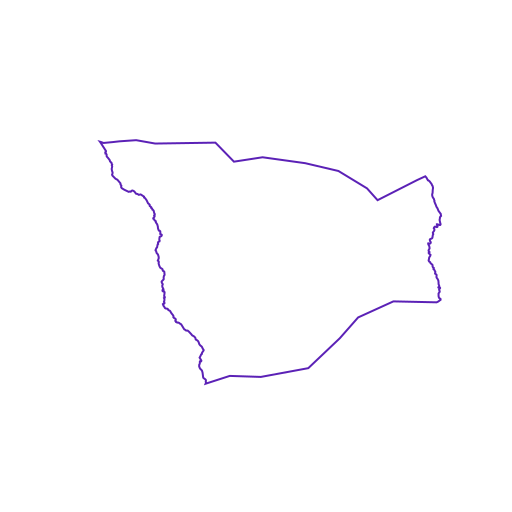 outline of Rashaant, Bulgan, Mongolia, rotated 202°
{"feature_id": "93677404B56820706932581", "entity_name": "Rashaant", "entity_type": "district", "adm_level": 2, "iso_a3": "MNG", "parent_name": "Mongolia", "parent_adm1": "Bulgan", "projection": "natural_earth1", "projection_center": [103.869, 47.423], "detail": "fine", "context": "isolated", "style": "outline", "palette": "violet", "viewbox_px": 512, "rotation_deg": 202, "n_neighbors": 0, "source": "geoboundaries", "source_scale": "gbopen_adm2", "svg_char_len": 6003}
<svg xmlns="http://www.w3.org/2000/svg" viewBox="0 0 512 512"><g transform="rotate(202 256 256)"><path d="M336.1,345.9L391.6,322.5L410.5,318.5L425.7,311.1L431.6,307.9L439.7,303.7L442.7,303.6L443.5,303.5L443.0,303.2L434.4,297.1L434.2,296.4L434.6,295.7L434.2,295.3L434.0,294.6L433.3,294.7L432.5,294.1L431.9,292.6L431.2,292.1L430.1,291.6L427.7,290.2L426.7,289.0L424.9,288.3L424.5,287.6L423.6,286.9L423.7,286.1L422.9,285.2L422.4,282.6L421.3,280.9L420.3,279.8L419.9,278.5L419.9,277.4L419.1,276.7L415.2,275.0L413.1,274.8L408.9,272.6L408.4,271.5L407.2,270.8L406.9,269.4L405.9,268.6L402.9,268.1L398.1,267.8L397.4,268.4L396.2,268.7L395.8,269.9L394.9,270.5L393.1,270.3L390.5,268.8L389.1,269.1L387.6,268.8L387.0,269.2L386.2,269.8L385.2,269.8L384.2,269.5L382.0,269.1L381.7,268.3L380.5,268.1L378.3,266.7L375.8,264.4L374.7,264.1L373.8,263.7L373.5,262.8L373.2,262.5L372.1,262.3L371.3,261.9L371.3,261.4L370.0,261.0L369.5,260.2L368.6,260.1L367.8,259.6L367.4,259.0L366.4,257.6L365.5,256.9L365.6,255.9L365.6,255.4L364.9,255.1L364.9,254.1L365.3,253.3L365.4,252.5L365.2,252.1L364.1,251.9L363.8,251.4L363.2,251.0L361.9,250.7L361.5,249.7L359.4,248.3L357.9,246.3L357.4,245.2L356.2,243.7L355.2,243.1L354.7,243.3L354.0,243.0L353.3,241.5L353.1,240.6L352.1,240.5L351.4,240.4L351.1,239.7L351.2,239.1L351.7,238.4L352.3,238.0L352.5,237.5L352.1,235.9L351.8,235.0L351.5,234.5L351.0,234.0L351.0,233.3L351.6,232.8L351.9,232.3L351.8,231.2L351.2,230.5L351.5,229.6L351.3,228.6L351.2,228.0L351.0,227.3L351.0,226.8L351.3,226.3L351.3,225.6L351.4,224.3L351.2,223.5L350.5,223.2L350.0,222.5L349.2,221.5L347.5,220.7L346.1,219.0L345.4,217.7L345.3,216.7L345.3,214.9L344.3,214.6L343.8,214.0L343.7,213.0L342.9,211.8L341.5,210.2L340.4,209.3L339.5,209.1L338.7,209.0L337.9,208.8L337.5,208.4L337.1,207.7L336.8,207.4L335.6,207.3L335.0,206.9L334.6,206.0L333.8,204.5L333.7,203.8L333.9,203.1L333.8,202.5L333.7,201.8L333.3,200.8L332.9,200.1L333.0,199.4L333.7,197.7L333.9,196.9L333.6,196.3L333.0,195.7L332.3,195.3L332.0,195.0L331.8,194.6L331.9,193.7L331.6,192.9L331.2,192.2L329.5,190.7L329.2,190.2L329.8,190.2L329.9,189.6L329.7,188.7L329.1,188.4L327.8,188.4L327.2,188.2L326.7,186.6L326.2,184.5L325.9,184.2L325.3,183.9L325.1,183.6L325.0,183.3L325.2,182.9L325.5,182.8L325.6,182.6L324.9,182.0L324.6,181.3L324.2,180.1L324.3,179.6L324.3,179.3L323.5,178.5L323.2,178.1L323.2,177.8L323.3,177.5L323.6,177.3L324.0,177.2L324.3,176.5L323.5,175.7L323.3,175.3L322.1,174.6L321.0,173.7L320.3,173.5L319.1,173.7L318.5,173.9L317.9,173.8L317.1,173.1L316.5,173.0L315.7,173.0L315.0,172.8L314.3,172.3L313.7,171.7L312.8,171.2L312.4,170.9L311.2,170.3L309.9,169.3L309.7,168.3L309.0,167.9L307.9,167.8L307.1,167.5L306.7,167.3L306.5,166.7L306.6,165.9L306.5,165.6L305.9,165.5L305.5,165.2L305.4,164.9L304.8,165.0L304.1,164.7L303.0,165.2L302.0,165.1L301.4,164.8L300.5,164.8L299.6,164.5L295.3,161.3L294.9,161.1L294.4,161.1L293.9,161.0L293.1,160.7L292.5,160.8L291.9,161.1L291.3,161.2L289.8,160.7L286.6,159.2L285.8,158.7L285.4,158.5L283.6,158.3L283.0,158.1L282.5,157.9L281.8,157.5L281.3,157.1L280.8,156.2L280.3,155.9L279.5,155.9L278.1,155.5L277.6,155.2L276.9,154.6L275.4,152.9L274.1,152.2L272.7,151.8L272.0,151.4L270.6,150.1L269.3,149.2L269.2,148.7L269.5,147.4L269.7,146.6L269.8,146.0L269.5,145.0L269.6,144.6L270.0,144.2L270.0,142.8L270.2,140.6L268.8,139.6L267.9,138.9L267.4,138.4L267.4,137.9L267.5,137.7L268.0,137.7L268.5,137.4L268.5,137.0L268.0,135.8L267.8,135.0L267.9,133.8L267.3,132.3L266.4,131.3L265.6,130.6L263.9,129.9L263.2,129.5L262.7,128.9L261.9,127.9L259.6,123.8L259.0,123.2L256.9,122.7L256.1,122.3L255.8,121.8L255.5,120.6L255.0,120.1L254.9,119.5L254.9,118.7L235.4,135.0L206.2,145.7L165.5,171.6L147.5,211.1L138.3,237.3L111.6,265.4L71.2,280.7L70.0,282.0L69.2,283.3L68.9,283.9L68.5,284.3L68.6,284.9L68.7,285.2L69.1,285.4L70.1,285.6L70.6,285.8L71.0,286.2L71.7,287.2L72.7,289.6L72.6,290.3L72.3,291.3L72.4,291.7L72.5,292.2L72.9,292.4L73.7,293.6L73.3,294.9L73.3,295.3L73.5,295.5L73.8,295.6L74.7,295.0L74.9,295.0L75.1,295.1L75.1,295.5L74.8,295.6L74.6,295.8L74.5,296.1L74.6,296.4L75.3,297.4L76.1,298.2L76.5,299.0L76.8,299.8L77.3,300.7L77.5,301.2L78.2,302.0L79.0,302.7L80.0,303.3L80.4,303.6L80.8,304.1L81.0,304.7L81.2,305.4L81.5,306.1L82.0,306.4L82.6,306.6L83.3,306.7L83.5,307.0L83.7,308.3L84.0,308.8L84.3,309.0L84.7,309.2L85.1,309.5L85.7,310.2L86.6,310.4L86.7,311.0L86.7,311.5L87.0,311.6L87.7,311.8L88.0,312.1L88.4,312.5L88.8,313.5L89.0,313.8L89.3,314.0L91.1,314.6L91.7,314.9L92.1,315.4L92.5,315.6L93.3,315.7L94.2,316.4L94.4,317.1L94.5,318.1L94.8,319.1L94.8,320.0L94.5,321.2L94.6,322.4L96.3,323.0L97.0,323.4L97.1,323.6L97.1,323.8L96.5,324.1L96.5,324.4L96.6,324.6L96.7,324.8L97.8,325.3L98.1,325.8L98.1,326.6L97.9,327.8L98.0,328.3L98.7,329.5L99.2,330.2L99.7,330.6L100.3,331.1L100.8,331.6L101.0,331.9L101.0,332.3L99.9,332.4L99.4,332.6L99.0,333.2L99.0,333.8L99.1,334.2L99.4,334.5L100.0,334.9L100.4,335.3L100.8,335.9L101.0,336.3L101.0,336.6L100.8,336.9L99.6,338.1L99.4,338.5L99.3,339.0L99.7,340.8L99.9,341.5L99.9,341.9L99.8,342.5L99.9,342.8L100.5,343.4L100.7,343.7L100.8,344.0L100.5,345.3L100.3,346.1L100.3,346.7L100.4,347.1L100.8,347.9L101.5,348.2L101.6,348.7L101.6,349.1L101.2,350.2L100.8,350.4L100.0,350.4L99.2,350.5L98.8,350.8L98.7,351.1L98.8,351.5L99.0,351.8L99.3,352.2L99.9,352.6L100.2,353.2L100.1,353.3L97.4,353.5L96.8,353.8L96.7,354.4L97.0,355.0L97.4,355.4L98.5,357.0L99.1,357.9L99.4,358.6L99.5,359.4L99.9,360.7L99.9,361.2L99.4,362.5L99.5,362.7L100.1,363.4L100.2,363.8L100.4,364.2L103.2,365.9L103.8,366.3L105.7,368.3L106.4,368.7L107.3,369.4L108.2,370.5L109.5,371.7L109.6,371.9L110.0,372.2L111.2,373.6L111.3,374.2L111.9,374.8L112.2,375.2L112.6,375.7L113.9,376.5L114.7,377.3L114.9,377.6L115.2,378.0L115.6,378.7L115.8,379.4L115.9,380.6L116.9,383.5L117.1,384.3L117.3,385.2L117.5,385.7L117.9,386.2L118.4,387.0L119.3,387.6L120.0,388.4L122.1,389.7L123.1,390.3L123.8,390.5L124.6,390.7L125.0,390.6L125.4,391.0L126.0,391.4L127.3,392.5L128.9,393.3L135.1,386.7L164.2,353.3L178.4,360.3L211.4,365.7L245.1,360.5L286.9,350.0L311.8,335.2L336.1,345.9Z" fill="none" stroke="#5b21b6" stroke-width="2"/></g></svg>